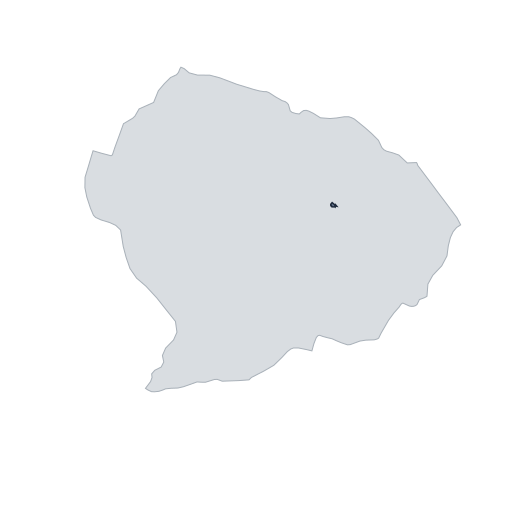 location of Masvingo Urban, Masvingo, Zimbabwe, rotated 287°
{"feature_id": "62879985B82265466456290", "entity_name": "Masvingo Urban", "entity_type": "district", "adm_level": 2, "iso_a3": "ZWE", "parent_name": "Zimbabwe", "parent_adm1": "Masvingo", "projection": "equal_earth", "projection_center": [30.834, -20.084], "detail": "fine", "context": "in_parent", "style": "filled", "palette": "slate", "viewbox_px": 512, "rotation_deg": 287, "n_neighbors": 0, "source": "geoboundaries", "source_scale": "gbopen_adm2", "svg_char_len": 2597}
<svg xmlns="http://www.w3.org/2000/svg" viewBox="0 0 512 512"><g transform="rotate(287 256 256)"><path d="M345.6,442.6L341.9,439.5L336.9,437.4L330.5,436.5L322.1,436.9L311.9,438.6L300.9,436.5L289.2,430.7L279.4,428.6L267.8,431.2L267.3,431.2L265.3,429.2L262.1,425.0L256.8,424.2L255.3,423.2L254.1,421.6L253.3,419.6L253.0,417.3L253.9,410.3L253.4,409.5L252.0,408.7L249.0,407.8L242.0,404.6L233.2,401.5L218.9,398.2L213.3,397.3L212.1,396.2L210.4,393.6L207.6,385.5L205.0,380.2L198.8,372.0L197.8,369.4L198.0,362.8L198.5,357.5L199.1,353.0L198.8,348.8L198.6,343.6L198.8,340.1L198.0,338.6L195.7,337.5L189.3,337.0L181.6,337.2L181.3,331.9L180.5,323.7L179.1,318.9L177.3,316.5L173.7,313.9L166.5,310.4L156.7,305.0L148.2,297.1L138.6,287.2L135.5,285.5L131.9,276.2L126.4,260.3L126.7,255.0L125.8,252.4L120.5,244.6L119.3,240.5L118.3,236.4L109.8,224.9L106.9,219.9L104.7,213.5L102.5,208.3L100.7,206.2L98.2,202.7L96.5,198.7L95.7,195.7L96.3,191.7L97.1,189.0L105.1,191.9L109.4,192.1L112.8,190.7L117.1,192.6L122.1,197.8L127.6,198.8L133.5,195.6L141.5,196.5L151.6,201.7L160.0,202.7L169.9,198.1L178.6,185.4L186.9,173.4L195.0,159.5L199.9,148.3L207.1,139.2L216.7,132.2L226.4,126.2L241.3,118.9L244.3,112.9L245.2,106.4L245.2,97.2L246.0,91.3L247.5,88.6L250.0,86.5L253.2,83.8L263.0,76.9L271.3,72.4L281.3,69.5L292.3,69.5L302.9,69.4L309.0,69.4L309.1,78.2L309.5,88.1L310.7,89.1L318.7,89.3L331.5,90.0L343.8,90.6L351.7,97.8L354.3,99.3L362.5,101.2L372.9,113.2L385.5,114.3L394.1,118.0L401.7,122.1L406.1,127.0L408.9,128.2L412.7,128.5L414.6,129.0L414.2,132.5L411.6,138.5L411.9,147.1L415.4,158.9L415.8,169.3L414.6,187.4L414.6,205.0L414.9,211.3L415.5,215.5L416.2,217.8L416.1,220.4L414.0,227.7L412.2,235.5L412.2,238.6L411.5,240.8L410.3,242.7L404.8,246.3L403.9,248.5L403.9,252.5L404.5,255.9L406.6,257.1L409.0,259.0L410.0,261.5L410.0,264.2L409.2,269.1L407.0,277.2L409.1,286.6L411.5,292.6L414.9,299.6L416.3,304.0L416.2,307.1L415.7,310.1L410.5,322.9L406.9,330.8L402.4,339.3L396.5,344.6L395.0,347.2L394.4,350.1L394.6,356.5L394.3,363.1L389.2,373.4L392.3,382.2L391.6,383.0L389.9,384.2L382.7,394.1L375.4,404.1L370.0,411.4L364.0,419.7L357.2,429.0L351.4,436.9L345.6,442.6Z" fill="#d9dde1" stroke="#a8b0b8" stroke-width="1"/><path d="M327.2,312.4L326.2,312.8L326.1,313.0L325.9,313.3L325.8,313.2L325.3,313.9L325.3,314.1L325.5,314.1L325.3,314.3L325.4,314.8L325.7,316.0L325.8,316.4L326.0,317.0L326.8,316.9L326.5,317.3L327.0,317.2L327.2,318.7L327.6,318.1L327.6,317.9L328.3,317.1L328.4,316.9L328.5,316.8L328.4,316.7L328.2,316.7L328.1,316.4L327.9,316.2L328.1,316.0L329.3,313.2L327.4,312.4L327.2,312.4Z" fill="#64748b" stroke="#1e293b" stroke-width="1.5"/></g></svg>